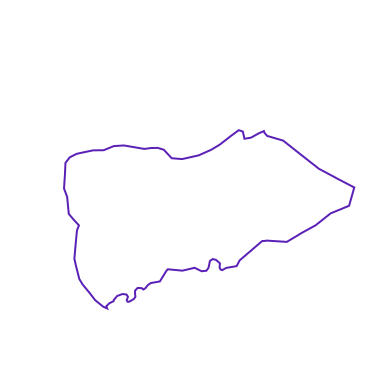 outline of Ayamelum, Anambra, Nigeria, rotated 239°
{"feature_id": "59680162B31003411858547", "entity_name": "Ayamelum", "entity_type": "district", "adm_level": 2, "iso_a3": "NGA", "parent_name": "Nigeria", "parent_adm1": "Anambra", "projection": "natural_earth1", "projection_center": [6.989, 6.555], "detail": "fine", "context": "isolated", "style": "outline", "palette": "violet", "viewbox_px": 384, "rotation_deg": 239, "n_neighbors": 0, "source": "geoboundaries", "source_scale": "gbopen_adm2", "svg_char_len": 1362}
<svg xmlns="http://www.w3.org/2000/svg" viewBox="0 0 384 384"><g transform="rotate(239 192 192)"><path d="M135.9,59.3L138.2,59.7L139.2,63.8L138.8,68.6L139.7,69.3L141.4,74.3L140.4,79.8L137.8,83.1L135.1,83.1L132.9,80.3L131.1,80.3L130.3,81.7L130.2,86.9L131.3,89.5L133.9,90.7L136.7,92.3L137.8,95.9L135.5,99.4L133.5,100.0L133.5,102.3L134.9,106.1L135.2,109.7L131.9,118.4L137.5,129.2L138.2,131.5L129.5,143.3L125.7,155.2L119.1,159.5L117.1,163.8L118.5,167.1L123.7,171.9L123.8,175.3L121.5,177.6L116.5,179.2L113.1,176.8L111.0,176.5L109.5,177.6L109.3,182.3L105.5,192.0L108.9,197.8L113.8,226.8L112.1,230.2L112.0,230.8L100.4,247.6L100.4,253.9L100.4,265.3L99.8,280.8L102.3,299.9L99.3,319.6L112.3,333.4L127.0,324.4L146.6,312.7L170.0,303.8L189.1,296.6L201.4,285.3L205.6,284.6L207.2,285.0L207.9,279.6L208.1,273.4L208.2,270.6L210.6,264.4L217.6,266.7L220.9,263.9L220.4,258.5L220.0,254.2L218.3,240.2L218.3,230.1L220.0,216.5L225.3,200.5L231.4,192.0L242.8,189.6L246.5,186.2L247.5,185.3L250.8,179.5L253.5,173.3L266.9,157.7L271.6,148.7L273.3,137.8L278.4,129.1L278.7,128.5L281.7,119.9L284.1,112.9L284.7,105.1L282.1,98.5L272.7,92.3L269.4,90.0L260.9,84.1L252.2,82.5L236.7,75.1L229.3,76.3L221.6,77.9L218.3,73.6L217.1,72.7L207.2,65.4L195.4,56.8L188.4,54.5L180.4,52.1L175.6,50.6L169.3,50.6L158.5,52.2L149.1,53.3L139.4,56.8L135.9,59.3Z" fill="none" stroke="#5b21b6" stroke-width="2"/></g></svg>